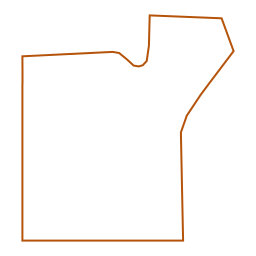 the district of A-Dakhla Oasis, Al Wadi at Jadid, Egypt
{"feature_id": "37247803B63195966732086", "entity_name": "A-Dakhla Oasis", "entity_type": "district", "adm_level": 2, "iso_a3": "EGY", "parent_name": "Egypt", "parent_adm1": "Al Wadi at Jadid", "projection": "mercator", "projection_center": [27.396, 24.837], "detail": "fine", "context": "isolated", "style": "outline", "palette": "amber", "viewbox_px": 256, "rotation_deg": 0, "n_neighbors": 0, "source": "geoboundaries", "source_scale": "gbopen_adm2", "svg_char_len": 466}
<svg xmlns="http://www.w3.org/2000/svg" viewBox="0 0 256 256"><path d="M221.6,18.3L149.7,15.4L148.9,45.9L146.7,61.0L142.7,65.3L138.7,66.4L133.7,65.6L126.6,59.1L119.1,53.0L112.7,51.9L22.4,56.3L22.4,57.9L22.5,71.7L22.5,82.3L22.4,85.4L22.4,95.6L22.4,109.1L22.4,121.3L22.4,128.9L22.4,139.0L22.4,154.5L22.4,163.3L22.4,240.6L183.1,240.6L181.6,167.9L180.9,132.4L186.8,115.6L200.6,94.9L208.7,84.0L233.6,51.1L221.6,18.3Z" fill="none" stroke="#b45309" stroke-width="2"/></svg>